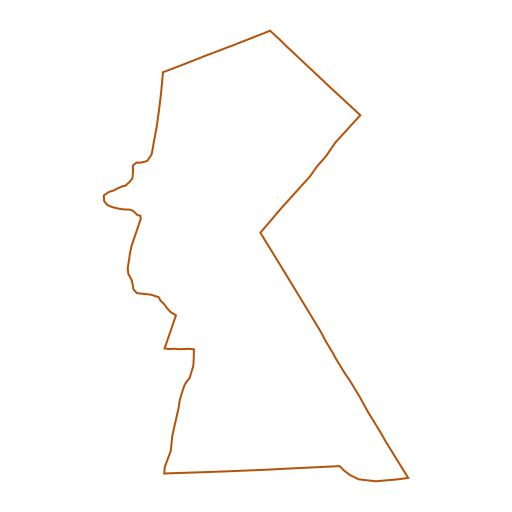 the district of Reforma de Pineda, Oaxaca, Mexico
{"feature_id": "50627088B66441265662179", "entity_name": "Reforma de Pineda", "entity_type": "district", "adm_level": 2, "iso_a3": "MEX", "parent_name": "Mexico", "parent_adm1": "Oaxaca", "projection": "robinson", "projection_center": [-94.453, 16.395], "detail": "fine", "context": "isolated", "style": "outline", "palette": "amber", "viewbox_px": 512, "rotation_deg": 0, "n_neighbors": 0, "source": "geoboundaries", "source_scale": "gbopen_adm2", "svg_char_len": 1881}
<svg xmlns="http://www.w3.org/2000/svg" viewBox="0 0 512 512"><path d="M153.9,141.7L152.2,151.4L151.8,153.4L151.4,154.8L147.2,160.9L143.8,162.0L139.9,162.7L136.4,162.6L132.9,165.6L133.1,171.6L132.4,178.4L129.7,181.8L126.4,184.8L125.6,185.7L122.9,186.1L117.9,188.2L113.7,190.5L109.0,191.9L103.8,195.4L104.2,201.3L107.4,205.0L112.0,207.0L118.4,208.6L124.7,209.5L129.0,209.5L132.2,210.5L133.1,210.8L137.5,215.1L140.3,215.7L140.8,218.7L134.6,237.0L131.5,246.1L129.9,253.7L129.2,259.1L128.0,266.1L127.7,269.2L128.1,271.4L128.2,273.6L131.8,280.4L132.8,285.5L133.4,289.3L136.9,293.1L143.6,293.9L147.9,294.3L152.4,295.0L153.9,295.7L158.6,297.1L160.5,300.6L164.1,304.1L167.3,308.4L170.4,311.9L176.0,315.3L164.6,348.4L168.4,349.0L174.8,348.8L178.8,349.2L184.8,349.0L188.6,348.8L193.9,349.3L193.8,356.3L193.5,362.8L193.3,365.9L189.6,378.0L186.5,381.8L184.6,384.9L183.6,387.7L181.4,394.4L179.7,400.5L178.5,408.5L176.7,416.3L172.3,435.8L170.8,450.8L164.8,466.9L164.2,473.5L164.4,473.5L172.1,473.2L200.3,472.3L228.0,471.3L266.8,469.7L283.5,468.8L331.6,466.5L337.7,466.2L339.6,466.1L343.9,470.4L349.7,474.9L358.6,479.3L375.9,481.3L399.1,479.2L408.2,477.9L385.5,441.2L380.3,432.0L375.2,423.7L367.7,411.5L359.4,396.3L350.1,381.0L345.3,374.1L334.9,357.0L333.2,353.6L325.1,340.1L322.6,335.2L319.6,329.8L314.3,321.1L305.0,305.7L283.1,269.8L277.6,260.8L273.5,254.1L268.9,246.6L268.6,246.2L264.7,239.8L260.4,232.7L281.0,208.5L309.9,176.5L316.8,166.7L325.8,156.4L326.1,156.1L335.3,142.6L335.7,142.2L360.3,115.2L324.3,81.9L324.1,81.6L323.3,80.6L321.9,79.5L286.0,45.8L281.2,41.0L270.1,30.7L260.9,34.4L256.4,36.1L241.2,42.1L233.1,45.3L229.0,46.8L209.9,54.1L208.0,54.7L192.7,60.8L190.9,61.5L178.1,66.5L176.2,67.2L173.4,68.3L163.0,72.2L161.2,91.6L160.5,97.9L159.9,102.9L159.7,104.6L159.3,107.7L157.0,124.6L156.8,126.3L155.3,134.0L155.2,135.1L153.9,141.7Z" fill="none" stroke="#b45309" stroke-width="2"/></svg>